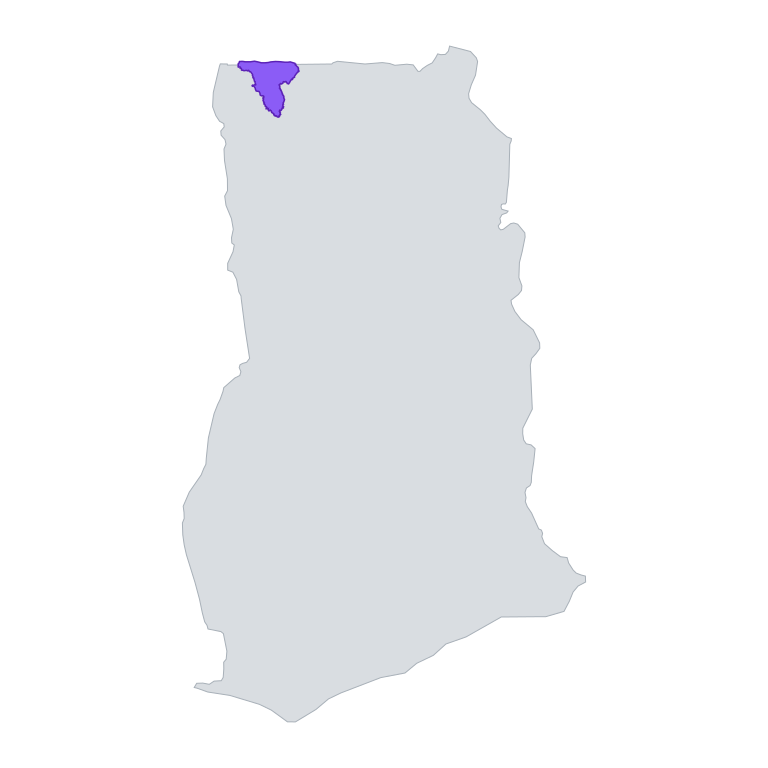 Sissala West, Upper West, Ghana (highlighted)
{"feature_id": "2480657B76140913943028", "entity_name": "Sissala West", "entity_type": "district", "adm_level": 2, "iso_a3": "GHA", "parent_name": "Ghana", "parent_adm1": "Upper West", "projection": "natural_earth1", "projection_center": [-2.221, 10.758], "detail": "fine", "context": "in_parent", "style": "filled", "palette": "violet", "viewbox_px": 768, "rotation_deg": 0, "n_neighbors": 0, "source": "geoboundaries", "source_scale": "gbopen_adm2", "svg_char_len": 7654}
<svg xmlns="http://www.w3.org/2000/svg" viewBox="0 0 768 768"><path d="M470.5,51.5L476.3,57.8L477.6,61.5L475.5,75.2L471.3,84.8L468.6,93.7L469.0,98.2L471.6,102.7L480.4,109.8L484.9,114.3L490.3,121.3L496.5,128.1L507.0,136.9L511.4,138.5L511.2,140.9L509.8,144.3L508.9,177.2L508.1,185.7L507.4,190.0L506.4,202.3L505.3,204.0L503.3,203.9L501.5,204.4L501.0,206.8L501.8,209.3L508.1,211.1L506.7,212.9L502.0,214.6L499.9,218.3L500.8,222.5L498.2,225.9L499.0,228.2L500.7,229.9L503.3,229.3L510.7,223.6L513.8,223.0L517.7,224.2L524.8,232.8L525.1,237.0L522.2,251.5L519.4,262.7L518.9,277.6L521.9,285.9L521.5,290.5L518.3,294.5L511.0,300.3L511.6,304.2L514.9,311.5L521.1,319.7L533.2,329.8L539.6,342.9L539.8,348.3L536.0,353.6L531.7,358.3L530.3,365.0L532.3,409.1L522.8,428.2L522.7,433.7L523.7,440.0L526.2,443.8L531.1,444.9L535.1,448.6L533.7,462.0L531.6,475.7L531.3,482.3L530.1,485.5L526.4,488.0L525.0,492.4L526.0,497.7L525.3,501.6L527.3,506.7L531.6,513.1L538.7,528.9L541.4,530.1L542.6,533.4L541.8,536.7L544.5,543.7L552.3,550.6L560.5,556.7L567.1,557.6L568.7,563.1L573.1,570.0L576.2,573.1L581.2,575.0L585.4,576.1L585.6,582.0L578.1,586.0L573.1,592.0L569.3,601.3L564.0,611.4L545.7,616.7L538.7,616.7L501.2,617.0L466.1,636.9L445.9,644.0L433.4,655.3L416.7,663.3L405.0,673.0L380.8,677.6L341.0,692.9L328.5,698.9L315.9,709.5L295.4,721.9L287.4,721.8L271.3,710.1L259.3,704.3L229.8,695.4L207.7,692.0L197.1,688.2L194.2,687.5L196.7,683.3L202.8,683.1L209.3,684.3L214.1,681.1L221.3,680.7L223.2,677.4L223.8,669.0L223.7,662.2L226.2,659.2L226.9,651.2L223.4,633.6L220.9,631.6L208.0,629.0L207.1,625.5L204.7,621.8L202.3,612.7L199.5,599.2L195.0,582.4L186.4,554.7L184.2,544.9L182.8,534.9L182.4,523.0L184.2,518.5L184.0,512.4L183.2,506.2L189.3,492.1L201.2,474.9L203.7,468.6L205.9,464.3L206.3,458.1L208.4,437.9L214.1,413.6L217.7,404.4L220.1,399.5L223.0,391.4L223.8,387.6L234.8,378.0L239.8,375.5L240.9,371.7L239.2,367.6L240.0,364.8L242.6,363.4L246.6,362.3L249.6,358.4L245.0,328.4L241.2,298.5L241.0,295.9L238.8,291.8L236.6,279.4L232.9,272.2L227.7,270.1L227.7,263.3L233.0,251.8L234.3,245.0L231.8,243.0L231.5,237.8L233.3,229.3L232.4,224.0L231.4,218.5L226.0,205.4L224.7,196.1L227.5,190.7L227.4,178.8L224.5,160.5L224.0,149.0L226.0,144.1L225.0,139.6L221.1,135.2L220.8,131.0L224.2,126.9L223.8,123.6L219.6,121.3L215.9,115.7L212.6,106.8L213.3,92.4L219.5,66.1L220.3,63.9L227.3,64.0L227.4,65.1L249.4,64.9L274.5,64.6L304.5,64.3L331.8,64.0L333.0,62.8L337.5,61.3L365.0,64.0L382.3,62.6L389.6,63.5L394.9,65.3L406.8,64.2L413.2,64.9L418.0,71.4L419.9,71.4L422.6,68.6L427.3,65.4L432.2,62.9L435.6,57.8L437.7,53.9L440.9,54.7L445.4,54.4L448.4,51.1L449.6,46.1L470.5,51.5Z" fill="#d9dde1" stroke="#a8b0b8" stroke-width="1"/><path d="M266.3,108.1L266.5,108.1L266.6,107.9L266.8,107.9L266.8,108.1L267.1,108.2L267.0,108.4L267.4,108.2L267.6,108.5L267.8,108.5L267.6,108.7L267.7,109.0L268.0,109.0L268.1,108.9L268.4,109.1L268.4,109.3L268.2,109.4L268.4,109.7L268.4,110.0L268.5,110.1L268.5,110.5L268.8,110.7L268.8,110.8L269.1,110.9L269.4,110.6L270.0,110.4L270.2,110.1L270.5,110.4L271.1,110.7L271.1,111.0L271.3,111.2L271.6,112.3L271.8,112.3L271.8,112.5L272.1,112.6L272.2,112.8L272.3,112.8L272.7,113.1L272.8,113.1L273.1,113.3L273.5,113.7L273.6,114.1L273.8,114.0L274.0,114.1L274.0,114.3L273.8,114.7L273.8,114.8L274.0,115.0L274.3,115.2L274.8,115.4L274.9,115.7L274.8,115.8L275.0,115.9L275.3,116.0L275.6,116.0L275.7,115.9L275.8,116.0L276.0,115.8L276.4,116.1L276.6,116.0L276.9,116.1L277.0,116.6L277.3,116.9L278.1,117.1L278.3,117.0L278.4,116.9L279.1,117.3L279.0,117.2L279.2,116.9L279.4,116.5L279.2,116.5L279.3,116.2L278.9,116.2L279.0,116.0L279.0,115.9L279.3,115.5L279.4,115.4L279.5,115.2L279.7,115.4L279.8,115.2L280.5,114.6L280.7,114.4L280.6,114.2L280.3,113.8L280.2,113.5L280.1,113.4L279.9,113.0L280.1,112.8L279.9,112.7L279.8,112.4L280.0,112.1L279.7,111.8L279.7,111.5L279.3,111.2L279.5,110.8L279.7,111.0L279.8,110.5L280.0,110.7L280.1,110.8L280.3,110.8L281.1,110.4L281.3,110.0L281.6,109.7L281.3,109.5L281.3,109.3L281.5,109.1L281.8,109.1L281.9,108.8L282.1,108.6L282.3,108.3L282.3,108.1L282.5,108.1L282.4,108.0L282.5,107.8L282.5,107.4L282.8,107.5L283.1,107.5L283.2,107.4L283.4,107.3L283.6,106.9L283.6,106.6L283.4,106.5L283.3,106.4L283.0,106.2L282.9,106.0L282.8,105.8L282.8,105.7L283.0,105.5L282.8,105.0L282.8,104.8L283.0,104.6L282.9,104.5L283.1,104.0L283.2,103.9L283.4,103.9L283.1,103.0L283.5,102.3L283.8,102.0L283.8,101.5L283.9,101.4L284.2,100.5L284.3,100.5L284.3,100.4L284.5,99.5L284.5,99.3L284.0,98.8L284.0,98.5L284.0,98.1L283.8,98.0L283.7,97.7L283.7,97.4L283.9,96.8L283.7,96.0L283.5,95.7L283.4,95.8L283.2,95.7L282.9,95.0L282.8,94.9L282.7,94.8L282.6,94.1L282.4,94.1L282.4,93.8L282.4,93.7L282.1,93.2L282.1,92.8L282.0,92.5L281.9,92.5L281.9,92.1L281.6,91.8L281.6,91.6L281.3,90.8L281.1,90.7L281.0,90.4L280.9,90.4L280.9,90.1L280.6,90.0L280.4,89.5L280.5,89.4L280.2,89.1L280.4,89.1L280.3,88.9L280.2,88.8L280.2,88.7L280.1,88.4L279.9,88.2L279.9,87.9L279.7,87.4L279.8,87.2L279.8,86.9L279.7,86.9L279.8,86.4L279.7,86.3L279.7,86.1L279.5,85.7L279.7,85.4L279.6,85.2L279.5,85.4L279.5,85.1L279.2,84.9L279.9,84.4L280.0,84.2L280.1,83.9L280.3,83.7L280.5,83.8L280.7,83.6L281.2,84.0L281.5,84.0L281.6,83.8L281.9,83.8L282.3,83.5L282.6,83.1L282.9,83.1L283.0,82.9L283.1,82.2L283.3,81.8L283.7,81.6L284.6,82.0L284.8,81.8L285.1,81.9L285.3,81.8L285.6,81.5L286.1,81.6L286.2,82.0L287.0,82.9L287.3,83.6L287.8,83.6L288.6,83.9L288.9,83.4L289.4,82.9L290.2,81.3L291.4,79.5L291.7,79.7L292.2,79.6L292.5,79.3L292.8,78.8L292.8,78.5L292.6,78.3L293.7,77.6L294.5,77.3L294.4,76.6L294.7,76.0L296.0,74.1L296.5,73.6L296.6,73.2L297.2,72.8L297.4,72.3L297.8,72.2L298.5,71.6L298.9,71.4L299.0,71.1L298.4,70.9L298.5,70.7L298.3,70.4L298.5,70.0L298.4,69.7L298.4,69.4L298.3,69.1L298.5,68.9L298.3,68.6L298.3,67.9L298.1,67.8L297.8,67.0L296.9,66.5L296.8,66.3L296.7,66.1L296.5,65.8L296.1,65.6L295.9,65.3L295.8,65.2L295.7,65.1L295.5,64.8L295.6,64.6L295.3,64.6L295.4,64.2L295.2,64.2L295.1,63.9L295.0,63.6L294.9,63.3L290.2,61.9L288.0,62.2L284.8,62.2L279.9,61.7L275.5,61.5L270.8,61.9L268.3,62.5L265.0,62.8L262.9,62.8L261.3,62.8L258.3,62.0L254.5,61.2L250.4,61.8L245.2,61.8L242.7,61.4L239.5,61.5L239.4,61.6L239.4,62.1L239.3,62.6L239.0,63.0L238.4,63.4L238.1,64.3L238.3,65.3L238.1,66.0L238.2,67.0L238.3,67.1L239.9,66.9L240.2,67.1L240.2,68.2L240.7,68.1L241.0,68.2L241.5,69.0L241.4,69.5L241.4,69.9L241.9,70.3L243.0,70.2L243.3,70.5L244.0,70.7L245.1,70.6L245.7,70.4L246.7,70.4L247.1,70.5L247.2,70.8L247.4,70.9L248.2,70.5L248.4,70.6L248.5,70.4L248.9,70.5L249.2,71.3L249.6,71.7L250.4,71.7L250.7,71.9L252.0,73.7L252.5,74.4L252.6,74.9L252.4,75.3L252.4,75.5L253.0,76.4L252.9,77.4L252.9,77.7L253.0,77.8L253.4,78.1L253.8,78.1L253.9,79.1L254.3,80.5L254.3,81.0L254.6,81.3L255.1,81.7L255.0,82.0L255.1,82.8L255.3,83.5L255.6,84.0L255.7,84.3L255.7,84.6L255.6,84.9L255.0,84.8L254.4,84.8L253.5,85.4L253.1,85.5L252.9,85.2L252.6,85.1L252.1,85.6L252.2,86.0L252.4,86.2L252.7,86.3L252.9,86.2L253.2,85.9L253.9,86.3L254.7,87.3L255.3,88.4L255.4,89.3L256.1,90.8L256.2,91.0L256.5,91.0L256.9,91.2L258.9,91.4L259.2,91.6L259.4,92.2L260.0,93.4L260.1,94.7L260.4,95.3L261.9,95.9L262.1,95.8L262.8,95.7L263.7,96.2L263.8,96.6L263.8,96.8L263.7,96.9L263.8,96.9L263.8,97.3L263.7,97.4L263.7,97.6L263.5,97.8L263.5,98.4L263.4,98.3L263.1,98.5L263.3,98.7L263.4,98.8L263.2,99.1L263.3,99.3L263.3,99.6L263.2,100.0L263.0,100.3L263.1,100.6L263.2,100.9L263.4,100.9L263.8,101.7L263.8,101.9L263.7,102.1L263.8,102.2L263.9,102.3L263.9,102.5L264.1,102.7L264.0,102.9L264.3,103.0L264.2,103.3L264.1,103.5L264.2,103.9L264.1,104.1L264.3,104.2L264.5,104.0L264.7,104.6L265.2,105.1L265.2,105.4L265.2,105.6L265.3,105.7L265.3,105.8L265.2,106.2L265.4,106.4L266.0,106.4L266.5,106.7L266.6,107.2L266.3,107.5L266.4,107.9L266.3,108.1Z" fill="#8b5cf6" stroke="#5b21b6" stroke-width="1.5"/></svg>